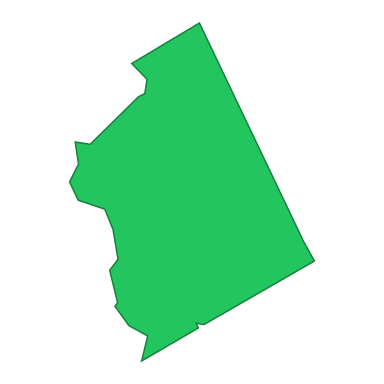 outline of Twiggs, Georgia, United States of America
{"feature_id": "52423323B36481911498881", "entity_name": "Twiggs", "entity_type": "district", "adm_level": 2, "iso_a3": "USA", "parent_name": "United States of America", "parent_adm1": "Georgia", "projection": "robinson", "projection_center": [-83.494, 32.675], "detail": "fine", "context": "isolated", "style": "filled", "palette": "green", "viewbox_px": 384, "rotation_deg": 0, "n_neighbors": 0, "source": "geoboundaries", "source_scale": "gbopen_adm2", "svg_char_len": 421}
<svg xmlns="http://www.w3.org/2000/svg" viewBox="0 0 384 384"><path d="M131.7,63.5L147.0,79.2L144.8,93.6L138.6,96.6L90.2,144.3L75.2,142.0L78.5,164.1L69.6,181.9L78.2,200.2L104.8,209.2L113.0,229.4L118.0,259.2L109.7,270.3L117.6,302.7L114.9,306.2L128.9,325.6L147.7,336.0L141.6,361.0L198.3,328.0L196.3,323.2L203.9,324.6L314.4,261.0L304.0,242.3L199.4,23.0L131.7,63.5Z" fill="#22c55e" stroke="#15803d" stroke-width="1.5"/></svg>